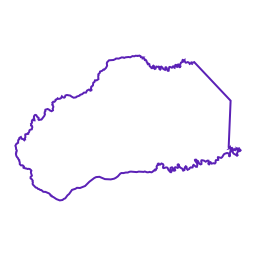 outline of Tame, Arauca, Colombia
{"feature_id": "7082276B91596510708856", "entity_name": "Tame", "entity_type": "district", "adm_level": 2, "iso_a3": "COL", "parent_name": "Colombia", "parent_adm1": "Arauca", "projection": "natural_earth1", "projection_center": [-71.956, 6.385], "detail": "fine", "context": "isolated", "style": "outline", "palette": "violet", "viewbox_px": 256, "rotation_deg": 0, "n_neighbors": 0, "source": "geoboundaries", "source_scale": "gbopen_adm2", "svg_char_len": 5774}
<svg xmlns="http://www.w3.org/2000/svg" viewBox="0 0 256 256"><path d="M20.9,137.0L19.4,137.9L19.3,139.2L18.9,139.2L18.2,140.3L18.1,142.8L17.3,143.1L16.8,143.8L16.2,144.1L15.4,145.8L15.9,147.2L16.2,149.5L16.5,149.8L16.8,150.7L16.6,151.5L16.2,151.9L16.3,152.8L16.0,153.0L15.9,153.9L16.3,155.8L17.0,157.1L18.2,158.4L18.3,159.1L19.3,160.2L19.1,160.7L19.7,162.1L19.8,164.2L21.0,165.4L22.6,165.3L23.3,165.8L23.9,166.6L23.4,167.2L23.6,167.9L24.6,167.9L25.2,168.4L26.4,168.5L27.5,169.0L28.5,168.8L29.7,169.0L31.0,170.1L31.4,170.8L31.0,171.4L30.9,172.7L31.9,175.7L30.6,177.0L30.6,178.4L32.0,179.4L32.8,180.9L32.5,181.3L32.9,182.7L32.6,183.5L32.8,184.5L35.7,187.5L36.9,187.8L38.2,189.0L39.3,189.2L40.3,190.0L41.4,190.1L43.3,191.8L45.5,191.9L49.0,193.4L49.8,194.0L50.5,195.3L50.7,195.1L51.7,195.7L52.0,196.5L53.3,197.0L56.4,199.1L59.8,200.4L62.5,200.0L63.7,199.0L65.3,198.3L67.5,195.3L69.1,194.0L72.0,189.9L75.4,188.8L77.0,187.8L80.0,188.0L85.1,186.0L89.4,181.7L94.3,178.0L96.1,177.1L99.4,176.8L104.9,179.1L110.8,179.4L114.1,178.7L115.7,177.9L117.8,176.4L120.4,173.5L121.6,173.0L123.4,173.1L125.8,172.5L127.9,172.5L129.4,171.8L130.9,171.6L136.7,172.1L138.8,171.6L143.7,171.9L144.8,171.5L147.1,172.3L148.8,172.2L149.4,171.9L151.5,172.3L152.4,171.9L153.9,170.5L154.7,170.6L154.9,169.7L155.9,169.8L156.1,169.0L156.8,168.4L156.6,166.5L157.2,165.3L158.4,164.9L157.9,163.9L158.2,163.6L158.8,163.6L159.4,164.5L160.4,164.5L161.4,163.5L162.8,164.0L163.5,165.2L163.0,167.0L163.1,167.8L163.8,168.1L166.1,167.4L167.0,167.5L167.6,168.0L168.5,170.0L170.4,172.1L171.0,172.2L171.6,171.4L171.3,170.2L170.4,169.0L170.6,167.9L171.4,167.4L172.2,167.4L172.9,168.5L173.1,170.0L173.8,170.7L174.7,170.7L175.2,170.2L174.7,168.7L174.7,167.8L175.1,167.3L175.9,167.2L177.6,167.9L178.6,167.3L178.6,166.6L177.6,165.1L177.7,164.6L178.2,164.3L178.9,164.7L179.1,166.0L180.3,167.6L182.5,168.8L182.7,169.8L183.2,170.6L184.4,170.1L184.9,167.3L185.8,166.3L186.5,166.9L186.8,168.8L187.6,169.8L189.3,168.9L189.7,168.0L190.9,167.3L191.8,167.6L192.6,167.4L193.1,165.4L193.7,164.9L196.0,166.8L196.9,166.8L197.3,165.2L197.1,163.4L195.0,160.6L194.9,160.0L195.2,159.7L196.1,159.7L197.3,160.9L197.9,161.0L199.3,163.7L200.6,164.4L201.4,164.1L201.5,163.0L201.2,161.1L201.4,160.4L201.9,160.2L203.9,160.6L205.7,161.7L207.4,160.6L208.5,160.7L208.7,161.8L208.3,163.7L209.1,164.4L209.4,164.2L209.6,162.7L210.1,162.1L210.5,162.1L211.6,163.6L213.6,163.2L214.8,163.5L215.6,162.6L215.6,160.8L215.9,160.2L218.2,159.9L218.2,159.0L217.8,157.8L218.1,157.1L221.1,157.9L222.1,157.2L223.9,154.3L225.1,153.6L227.1,153.0L228.9,153.6L229.2,154.7L229.0,155.9L229.6,156.2L230.0,155.8L229.9,152.8L230.3,152.3L230.3,151.1L230.9,150.7L232.7,151.8L233.2,153.1L233.9,153.8L235.5,154.6L237.0,155.7L237.6,155.2L237.0,153.5L237.5,152.1L238.5,151.3L239.9,151.1L240.6,150.4L240.2,149.6L239.0,149.3L238.9,148.4L238.5,148.5L238.4,149.4L237.8,148.8L237.7,149.0L237.9,149.3L237.4,149.9L237.2,149.6L237.6,149.2L236.9,148.7L237.0,149.1L235.8,149.3L235.4,149.8L234.9,149.1L234.5,149.5L234.0,149.4L234.2,149.9L232.9,149.7L232.9,150.2L232.1,150.2L232.1,149.0L231.7,149.3L231.2,148.9L231.2,148.6L231.5,148.7L231.5,148.0L230.5,148.2L230.4,147.9L230.2,148.5L230.0,148.2L229.6,148.3L230.0,147.9L229.7,147.3L229.3,147.0L229.1,147.6L228.8,147.3L229.0,146.7L228.7,146.6L230.6,100.7L194.2,62.1L193.0,62.7L191.4,62.4L191.2,62.8L191.5,63.6L190.6,63.3L189.7,63.9L188.9,62.6L187.8,62.1L186.0,62.7L185.6,62.6L184.7,61.3L184.6,60.2L183.6,61.2L183.1,60.0L182.7,59.9L182.4,60.4L182.3,62.0L181.0,62.6L180.5,63.9L179.5,64.8L179.5,65.3L180.5,66.2L180.1,67.1L179.7,67.2L179.1,66.7L178.6,65.1L178.2,64.5L177.6,64.7L177.8,66.6L177.4,66.9L176.9,66.8L176.1,65.1L175.6,64.9L175.2,65.2L174.6,67.8L174.2,67.6L173.8,66.5L173.3,66.3L172.9,66.4L171.9,67.7L169.9,66.9L169.4,67.0L168.9,68.4L168.7,70.7L168.1,70.9L167.6,70.6L166.8,68.9L166.6,67.8L165.9,67.2L165.4,67.5L165.4,69.5L165.1,69.9L163.3,69.0L162.3,67.4L161.3,66.6L160.8,66.8L160.5,67.4L160.7,69.0L160.2,69.6L159.5,69.2L159.1,67.9L159.3,66.9L158.7,66.6L157.9,66.9L156.4,66.6L155.9,67.4L155.6,68.6L154.8,69.0L153.9,68.2L154.1,66.3L153.4,65.7L152.9,66.1L152.1,68.1L151.5,68.1L151.3,67.5L149.7,66.2L149.3,64.1L148.7,63.8L147.9,64.2L147.4,63.5L147.4,62.6L146.5,61.7L146.4,60.7L145.6,59.8L144.8,60.0L144.2,58.6L143.3,58.2L142.6,58.4L142.5,57.7L142.9,57.4L140.9,57.2L140.6,56.2L139.5,55.6L138.9,55.9L138.0,55.7L137.5,56.0L135.8,55.7L134.2,56.3L132.5,56.1L130.2,57.3L128.6,57.0L125.7,57.3L124.1,57.9L123.4,57.5L121.7,57.4L118.8,58.6L116.1,58.5L115.4,59.1L113.4,60.0L109.0,60.3L107.1,62.3L106.8,63.3L107.1,65.7L106.0,67.9L104.2,69.7L103.5,69.5L102.3,70.7L100.0,71.6L99.8,72.8L98.3,74.3L98.6,75.2L98.2,75.9L98.4,79.2L96.7,80.3L95.0,80.3L94.5,81.9L93.3,82.7L92.9,85.5L91.4,86.6L91.5,86.9L91.1,87.5L91.0,89.2L91.5,89.7L91.4,90.3L90.3,90.7L89.6,89.7L88.8,89.6L87.0,90.6L86.0,92.6L84.0,92.6L82.1,94.2L80.5,94.7L79.9,95.0L79.6,95.6L76.5,96.7L76.2,97.2L75.3,97.5L73.6,97.7L71.4,96.5L70.3,95.6L66.9,95.0L65.4,95.5L64.8,97.3L64.4,97.6L63.2,97.5L61.9,96.3L61.0,98.1L60.0,98.7L58.0,98.9L57.6,98.4L56.8,99.2L55.6,99.7L55.7,100.4L54.5,101.8L53.3,101.7L52.3,102.7L52.7,103.8L52.7,104.5L52.3,104.8L53.3,106.4L53.2,107.6L52.7,108.6L53.0,110.3L51.6,111.2L50.1,110.6L49.6,110.0L47.7,109.0L45.4,109.7L45.2,110.2L45.3,111.4L44.7,112.1L44.6,113.5L45.0,114.1L44.3,115.9L41.6,119.4L41.0,119.7L39.8,119.7L39.0,120.0L38.4,119.4L38.6,117.9L37.1,116.7L36.3,115.2L35.3,114.9L34.7,115.2L34.0,116.3L33.9,117.4L34.5,120.3L33.8,120.3L33.0,119.5L32.4,119.9L31.8,121.1L32.0,122.5L31.5,123.5L31.0,123.9L31.2,124.5L31.0,125.5L32.1,126.1L32.3,127.3L31.8,129.3L30.1,129.8L29.4,130.4L29.3,131.5L28.8,132.6L27.8,133.3L28.0,133.9L25.4,134.3L25.2,134.8L25.4,137.3L24.8,138.3L25.1,139.5L24.4,139.7L24.2,140.1L23.4,139.3L21.8,138.8L20.9,137.0Z" fill="none" stroke="#5b21b6" stroke-width="2"/></svg>